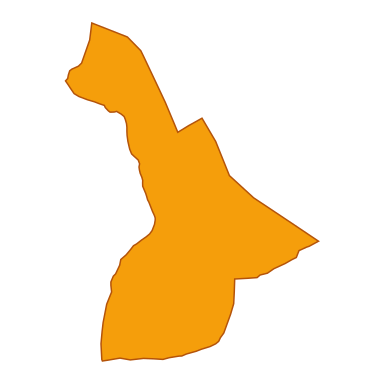 As Salam - SD, Southern Darfur, Sudan
{"feature_id": "16777658B71256064026626", "entity_name": "As Salam - SD", "entity_type": "district", "adm_level": 2, "iso_a3": "SDN", "parent_name": "Sudan", "parent_adm1": "Southern Darfur", "projection": "robinson", "projection_center": [24.695, 11.734], "detail": "fine", "context": "isolated", "style": "filled", "palette": "amber", "viewbox_px": 384, "rotation_deg": 0, "n_neighbors": 0, "source": "geoboundaries", "source_scale": "gbopen_adm2", "svg_char_len": 1679}
<svg xmlns="http://www.w3.org/2000/svg" viewBox="0 0 384 384"><path d="M202.0,118.2L188.7,125.6L177.8,132.3L177.0,130.4L174.2,123.6L165.3,102.4L160.7,92.6L157.5,85.8L143.2,55.6L140.8,50.7L127.4,37.0L91.8,23.0L89.7,40.0L81.6,63.1L78.4,66.2L71.9,69.1L69.7,70.8L68.5,74.5L68.4,74.8L67.7,78.5L65.5,80.9L68.2,84.8L70.6,88.5L74.1,93.6L78.9,96.5L87.3,99.7L94.4,101.8L99.3,103.7L104.3,105.4L105.3,107.6L108.3,110.8L110.0,112.1L112.0,112.1L114.4,112.0L116.6,111.4L121.2,114.1L124.1,116.5L125.3,119.4L126.5,123.6L126.9,127.2L126.9,131.3L127.1,135.5L127.9,141.4L128.6,144.5L129.7,149.2L131.6,153.9L134.0,156.2L138.2,160.0L139.6,163.8L139.0,167.0L139.4,169.9L140.2,173.3L141.9,177.4L142.7,180.4L142.6,183.1L142.7,186.2L144.1,189.6L145.7,193.4L146.6,196.2L147.6,199.8L148.9,202.2L152.5,211.4L154.3,215.3L155.2,217.9L155.2,220.2L154.5,224.4L152.1,230.6L149.6,234.0L146.1,236.9L141.6,240.0L136.5,244.0L133.5,245.7L130.3,249.9L126.1,254.9L120.8,259.5L119.7,265.2L115.6,273.9L113.3,276.2L110.9,282.0L110.9,285.3L111.6,292.0L106.7,304.2L103.1,322.7L103.1,322.8L102.1,331.5L101.0,343.8L101.6,355.7L101.8,359.5L102.4,361.0L107.7,360.2L120.0,358.1L130.3,359.9L143.5,358.4L153.5,358.8L163.0,359.4L169.2,357.7L179.0,356.1L181.8,356.0L186.4,354.0L193.9,351.9L196.1,351.3L201.2,349.3L210.2,346.5L215.7,343.8L218.7,341.3L220.4,337.7L223.8,333.0L230.6,314.2L233.7,303.7L234.3,291.3L234.7,279.0L247.3,278.3L257.1,277.6L260.1,275.0L267.4,273.2L273.9,268.7L285.2,263.5L291.8,259.7L296.3,257.5L299.0,250.6L301.0,249.7L306.4,247.2L309.1,246.3L318.5,241.2L309.1,234.9L297.5,227.1L285.1,218.8L284.5,218.4L253.6,197.8L229.4,175.6L215.7,141.5L202.0,118.2Z" fill="#f59e0b" stroke="#b45309" stroke-width="1.5"/></svg>